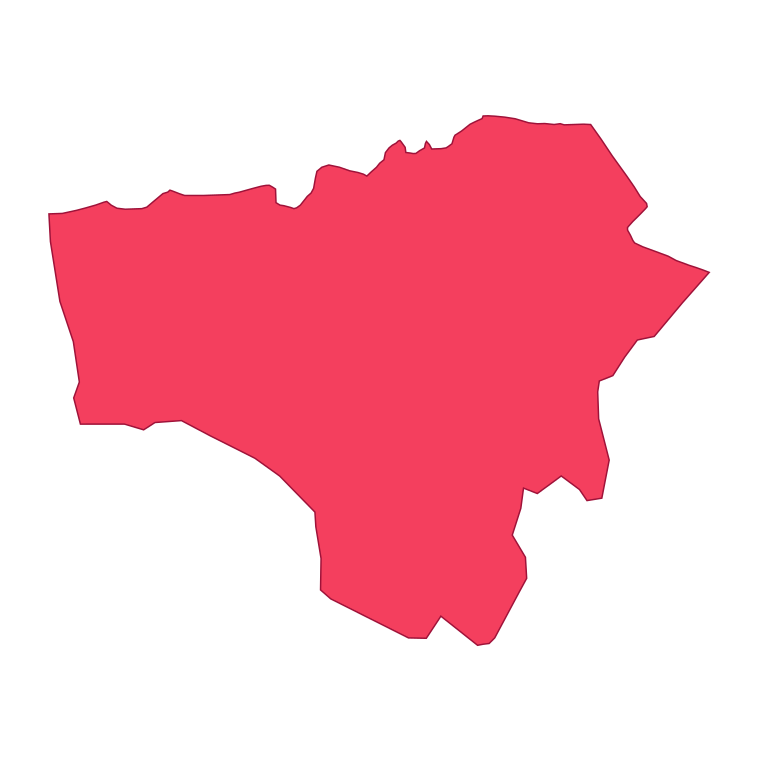 the district of Al-Hai, Wasit, Iraq, rotated 178°
{"feature_id": "34846034B47380320671203", "entity_name": "Al-Hai", "entity_type": "district", "adm_level": 2, "iso_a3": "IRQ", "parent_name": "Iraq", "parent_adm1": "Wasit", "projection": "mercator", "projection_center": [45.957, 32.179], "detail": "fine", "context": "isolated", "style": "filled", "palette": "rose", "viewbox_px": 768, "rotation_deg": 178, "n_neighbors": 0, "source": "geoboundaries", "source_scale": "gbopen_adm2", "svg_char_len": 2299}
<svg xmlns="http://www.w3.org/2000/svg" viewBox="0 0 768 768"><g transform="rotate(178 384 384)"><path d="M168.4,636.1L175.6,636.7L178.9,636.7L185.0,636.7L188.8,636.7L194.9,636.7L198.8,638.0L204.9,637.4L214.3,638.7L221.5,638.7L230.3,640.0L243.6,644.5L254.1,646.5L264.0,647.8L270.6,648.4L275.6,648.4L276.7,645.8L280.0,644.5L284.5,642.6L288.9,640.6L297.7,634.1L299.7,632.9L304.3,630.2L305.5,628.2L307.7,621.7L311.5,619.1L313.7,617.8L318.7,617.2L323.7,617.2L328.1,617.2L330.3,621.7L333.1,625.0L334.2,623.0L335.3,618.5L340.3,615.9L344.1,613.3L346.9,613.3L349.7,613.9L354.1,614.6L354.6,619.8L358.5,625.6L359.6,626.9L361.3,626.3L363.5,624.3L367.3,622.4L370.7,619.8L374.5,615.2L376.2,608.1L380.6,604.8L383.9,600.9L389.5,596.3L393.9,592.4L397.2,594.4L402.7,596.3L411.0,598.3L421.0,602.2L431.5,604.8L438.6,602.8L443.6,598.9L445.3,592.4L447.5,582.0L450.2,577.4L454.1,574.2L461.3,565.7L465.2,563.1L467.9,562.4L471.2,563.7L477.9,565.7L481.7,566.4L485.6,569.0L485.6,574.8L485.6,582.6L488.4,584.6L491.7,586.6L495.0,586.6L500.0,585.9L508.8,583.9L522.1,580.7L526.5,580.0L531.5,578.7L534.2,578.7L540.3,578.7L546.4,578.7L557.5,578.7L576.8,579.4L581.8,581.3L588.8,584.3L591.2,585.2L593.4,583.3L598.3,582.0L608.3,574.2L614.9,569.0L619.9,567.7L627.1,567.7L636.5,567.7L644.8,569.0L650.3,572.2L654.7,576.1L657.5,575.5L665.8,572.9L676.3,570.3L685.1,568.3L699.5,565.7L708.9,565.7L712.9,565.7L712.9,563.9L712.4,538.0L705.0,477.8L693.0,437.2L688.4,396.6L694.6,380.9L688.8,354.5L644.9,353.0L625.8,346.6L614.2,353.5L587.7,354.5L559.5,338.3L515.6,314.3L491.5,295.7L457.5,258.4L457.1,243.7L453.0,211.8L454.6,180.4L444.7,171.1L368.4,129.4L350.6,128.4L337.5,146.8L335.3,150.0L299.6,119.6L293.8,120.5L288.0,121.0L282.2,126.4L255.6,172.3L248.2,184.8L248.7,205.9L261.1,228.5L251.6,255.0L248.2,275.1L234.6,269.2L210.1,285.9L192.3,271.7L185.2,260.4L170.3,262.3L161.6,300.1L170.7,341.7L170.7,368.7L168.7,379.5L155.0,384.4L142.5,402.5L129.3,419.1L127.2,419.5L112.3,422.1L82.0,455.8L82.4,455.3L55.1,484.2L61.2,486.8L67.8,489.4L75.0,492.0L87.7,497.2L95.5,501.8L120.9,512.2L128.6,516.2L130.3,518.8L132.5,524.0L135.2,529.2L135.2,531.8L134.1,533.1L129.7,537.7L122.0,544.8L116.5,550.1L114.8,552.0L115.3,555.3L121.4,562.4L127.0,572.2L134.1,583.3L148.0,604.1L158.5,621.1L168.4,636.1Z" fill="#f43f5e" stroke="#9f1239" stroke-width="1.5"/></g></svg>